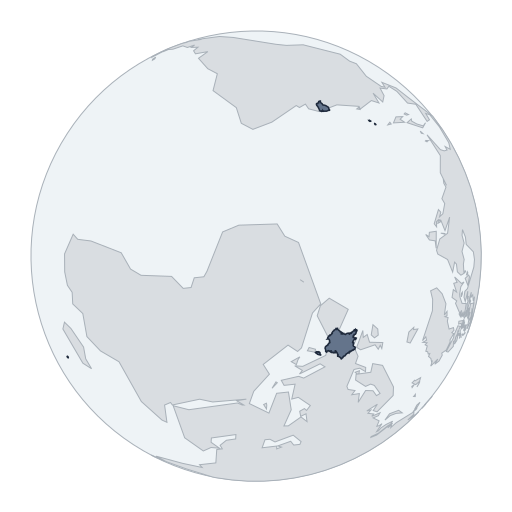 France on an orthographic globe, rotated 123°
{"feature_id": "FRA", "entity_name": "France", "entity_type": "country or territory", "adm_level": 0, "iso_a3": "FRA", "parent_name": "Europe", "parent_adm1": "", "projection": "orthographic", "projection_center": [-7.471, 14.864], "detail": "fine", "context": "on_globe", "style": "filled", "palette": "slate", "viewbox_px": 512, "rotation_deg": 123, "n_neighbors": 0, "source": "natural_earth", "source_scale": "50m", "svg_char_len": 14142}
<svg xmlns="http://www.w3.org/2000/svg" viewBox="0 0 512 512"><g transform="rotate(123 256 256)"><circle cx="256" cy="256" r="225" fill="#eef3f6" stroke="#a8b0b8"/><path d="M205.3,36.5L193.0,39.8L191.3,40.9L171.1,50.6L175.4,49.3L170.5,53.1L173.7,53.2L169.1,55.7L175.6,53.8L179.3,51.6L183.4,50.2L185.6,50.3L180.1,53.2L178.1,53.6L177.7,54.5L173.9,56.0L177.0,55.3L170.1,59.2L180.2,55.7L177.3,59.1L171.8,61.6L168.2,60.9L146.6,67.3L139.9,70.9L134.1,76.0L131.8,86.0L126.1,90.6L121.4,97.2L126.4,94.5L131.8,88.5L140.0,85.7L145.6,79.5L149.8,77.7L157.3,72.1L160.5,73.7L159.6,78.5L153.6,83.5L153.0,86.1L162.4,82.3L154.6,93.4L155.4,104.5L152.9,107.7L141.6,111.1L132.6,107.7L117.9,114.8L131.8,111.3L125.3,120.5L126.1,122.8L129.0,123.3L133.2,120.4L131.9,124.1L117.7,128.3L118.6,124.9L123.2,123.4L118.8,122.3L109.2,126.3L106.7,131.3L94.8,134.2L92.8,138.0L89.1,141.2L93.0,134.7L85.8,146.8L71.4,156.1L61.2,178.6L66.4,159.3L65.3,155.4L63.1,153.5L61.2,157.0L60.7,151.2L56.0,156.0L47.8,172.5L42.9,187.2L44.0,191.3L47.3,184.7L49.9,185.8L41.7,204.6L45.2,212.2L41.2,227.5L41.3,237.0L44.6,237.2L47.6,243.4L51.8,235.9L57.8,233.6L55.7,246.5L60.7,236.2L62.8,243.9L76.0,248.6L74.4,251.1L85.2,270.5L100.4,281.6L103.9,292.0L101.7,297.3L107.8,300.4L107.9,304.2L135.1,315.6L151.5,327.6L152.7,340.6L142.3,353.3L140.7,382.1L124.2,387.7L125.2,398.5L121.5,411.9L110.8,407.7L119.4,416.9L117.9,420.1L112.5,418.4L116.3,423.8L112.5,422.4L118.5,427.1L119.6,431.8L127.8,438.3L130.5,441.9L136.0,445.7L134.4,444.9L134.5,445.3L137.0,447.0L128.6,441.7L117.9,433.7L114.8,430.7L112.4,429.1L104.9,420.7L105.1,421.7L91.8,406.2L85.1,394.1L67.6,354.6L62.8,345.2L53.2,331.5L40.9,295.3L41.6,283.6L40.1,276.5L45.2,261.4L45.6,243.4L44.2,239.8L41.8,245.0L38.8,230.1L40.1,215.7L42.5,184.0L48.3,168.6L55.2,153.8L63.2,139.5L72.2,125.8L82.1,112.7L93.0,100.5L104.7,89.0L117.3,78.5L130.5,68.9L144.5,60.3L159.0,52.7L174.0,46.2L189.5,40.8L205.3,36.5ZM57.7,186.0L61.9,201.9L56.5,200.4L58.1,198.9L57.7,193.1L55.8,186.6L51.9,186.4L57.7,186.0ZM66.3,176.0L65.3,174.2L66.7,175.0L66.3,176.0ZM155.0,71.7L156.1,71.9L154.1,72.8L155.0,71.7ZM157.2,69.2L154.1,70.2L154.7,69.2L156.6,68.6L157.2,69.2ZM160.8,68.4L156.1,67.3L157.2,65.6L165.3,62.3L160.8,68.4ZM179.5,50.9L175.7,53.2L176.8,51.4L179.5,50.9ZM179.2,50.1L176.7,47.6L183.4,44.7L182.9,45.9L189.9,42.6L194.4,42.4L191.5,44.2L186.3,45.9L192.0,44.6L179.2,50.1ZM185.1,49.6L184.0,49.1L189.7,46.5L193.0,47.0L190.1,47.6L185.1,49.6ZM189.5,42.1L194.4,40.5L199.3,39.8L201.9,39.2L195.1,42.2L189.5,42.1ZM189.9,48.3L194.5,47.4L193.8,48.8L186.6,49.9L189.9,48.3ZM189.9,45.7L192.7,44.6L192.2,45.3L189.9,45.7ZM194.0,54.1L192.5,53.2L195.4,51.7L194.0,54.1ZM196.2,47.0L196.5,46.5L197.4,45.9L200.2,45.7L196.2,47.0ZM199.0,41.7L200.1,41.9L202.1,40.4L205.9,40.1L200.6,42.3L204.5,41.3L205.7,41.2L200.1,43.1L199.0,41.7ZM205.9,43.9L200.6,47.2L202.7,49.0L200.2,50.3L197.3,47.2L205.9,43.9ZM203.0,43.2L204.3,43.8L200.5,44.9L197.4,45.2L203.0,43.2ZM210.4,39.3L205.9,39.1L207.2,38.7L210.4,39.3ZM207.3,44.1L208.5,43.4L207.9,44.1L207.3,44.1ZM210.2,40.4L208.5,40.3L210.0,39.8L210.2,40.4ZM212.5,42.1L210.8,43.1L208.6,43.2L212.5,42.1ZM212.1,41.2L214.6,40.5L208.8,42.6L211.0,41.2L212.1,41.2ZM212.0,40.0L212.3,39.7L212.5,40.1L212.0,40.0ZM221.9,41.6L215.2,44.2L210.3,44.2L217.5,41.6L221.9,41.6ZM145.1,451.7L130.6,443.1L137.6,447.4L136.2,446.0L146.1,451.6L145.1,451.7ZM143.8,448.4L145.9,448.3L148.3,449.5L147.3,449.9L143.8,448.4ZM293.5,33.9L293.4,33.9L291.3,33.5L290.3,33.4L293.5,33.9ZM463.7,168.7L465.0,172.0L472.5,198.5L477.4,219.5L478.3,230.8L469.9,204.7L462.7,186.0L461.8,189.7L451.4,177.0L439.7,183.5L436.1,179.2L434.3,183.0L426.7,180.5L420.5,173.4L416.7,175.6L432.9,194.3L436.7,192.2L437.1,182.0L441.1,189.4L448.2,194.0L447.3,216.8L426.7,243.9L421.5,228.6L389.3,191.4L388.5,186.4L388.2,185.9L387.6,185.0L387.9,193.4L381.3,186.1L402.0,212.8L406.8,225.3L426.5,245.0L425.4,247.9L430.8,251.5L444.0,240.1L444.8,245.5L440.5,272.9L419.3,313.3L420.3,334.7L415.7,353.9L398.6,369.9L396.0,383.6L386.6,390.4L383.3,398.2L373.5,407.8L358.5,417.7L337.3,421.2L339.1,414.6L333.3,402.6L326.7,370.8L335.3,354.1L334.8,341.9L319.1,315.7L322.8,299.4L317.8,293.3L307.9,295.9L301.8,288.4L295.5,288.8L254.0,297.1L239.5,287.2L217.6,255.7L223.7,242.6L221.5,227.7L260.9,175.6L273.0,177.6L308.3,167.8L313.4,169.1L313.3,180.6L343.0,190.9L347.8,180.4L370.7,184.2L383.4,181.2L380.7,159.6L359.9,163.9L352.4,154.7L365.8,142.7L383.3,140.0L380.9,136.4L366.5,130.6L367.1,123.0L361.1,128.1L366.1,131.2L362.4,134.8L357.6,132.3L358.0,129.5L351.8,129.0L351.5,143.5L356.5,148.1L342.2,153.4L349.2,162.0L346.5,167.1L333.7,154.7L332.4,149.5L311.4,137.8L311.5,143.5L331.3,155.3L326.7,154.8L327.0,163.7L323.1,156.7L301.4,143.4L286.2,148.8L272.8,172.1L262.7,174.9L251.5,171.6L250.5,149.6L273.2,146.0L273.1,139.2L263.5,130.6L271.2,130.5L270.0,126.9L278.1,125.5L284.5,115.8L292.0,114.0L289.7,103.3L293.3,101.2L293.6,107.9L297.8,112.0L315.8,108.8L317.8,106.1L314.9,99.7L320.2,100.1L315.1,94.4L323.1,90.6L309.1,90.8L305.3,84.5L307.5,78.9L303.7,77.1L300.1,86.3L301.0,90.1L305.7,93.1L305.8,104.9L300.7,107.6L291.0,96.4L282.7,99.5L278.8,90.3L290.9,69.4L298.3,65.0L320.7,69.6L321.8,73.5L314.2,73.5L325.6,78.7L322.5,75.7L327.0,76.4L324.4,71.3L327.4,71.6L319.9,66.6L323.3,66.4L328.0,69.6L327.2,63.0L333.0,61.9L331.3,60.4L328.0,59.0L337.6,59.2L335.9,58.1L332.1,57.6L326.5,55.2L320.1,51.4L323.8,51.6L326.6,53.0L337.9,56.8L344.7,61.1L345.6,60.9L340.5,57.3L326.7,52.6L321.9,50.3L328.4,51.9L325.6,51.1L324.4,50.1L326.5,49.5L319.4,47.6L300.6,38.7L302.9,37.5L310.8,39.4L301.5,35.7L304.9,36.1L301.4,35.4L298.2,34.7L313.6,38.2L328.8,42.8L343.6,48.4L357.9,55.1L371.8,62.8L385.1,71.4L397.7,80.9L409.7,91.3L420.9,102.5L431.3,114.5L440.8,127.1L449.4,140.4L457.0,154.3L463.7,168.7ZM251.9,201.6L251.8,206.1L251.9,201.6ZM405.2,148.4L413.5,146.4L404.1,135.1L406.5,133.6L402.4,130.6L403.4,134.3L392.5,126.0L394.0,121.4L390.1,116.6L387.1,117.1L386.0,127.2L401.6,138.8L402.1,144.5L405.2,148.4ZM76.5,248.6L77.8,251.6L75.5,250.9L76.5,248.6ZM54.3,205.1L55.9,206.5L56.2,209.1L54.7,208.9L54.3,205.1ZM71.7,214.5L74.3,216.9L70.9,216.6L71.7,214.5ZM62.9,204.2L69.5,213.2L63.1,214.4L59.2,208.9L62.8,209.6L62.9,204.2ZM62.4,182.6L63.0,184.2L61.8,186.3L62.4,182.6ZM67.3,176.6L66.8,176.5L67.1,174.3L67.3,176.6ZM126.2,120.2L127.3,120.0L129.6,121.3L127.1,122.3L126.2,120.2ZM148.1,119.3L145.5,125.4L145.6,121.4L141.7,123.5L137.1,118.3L151.4,109.1L145.7,114.0L148.1,119.3ZM134.9,109.7L136.2,113.5L134.2,109.8L134.9,109.7ZM255.8,110.4L260.1,112.1L259.4,116.4L249.9,120.5L250.9,114.1L255.8,110.4ZM266.5,113.8L259.5,102.5L265.1,100.1L263.2,103.2L267.6,102.7L265.6,107.8L277.7,117.2L277.8,121.8L260.3,125.8L265.9,121.7L261.3,120.0L266.5,113.8ZM231.9,83.8L229.0,80.5L245.0,79.3L245.9,82.6L236.5,86.4L229.9,84.8L231.9,83.8ZM176.0,63.3L173.9,63.3L175.4,62.3L178.5,61.6L176.0,63.3ZM193.1,53.8L187.0,62.9L184.3,63.2L184.0,69.0L176.7,72.2L177.0,68.1L171.2,75.3L168.6,73.0L165.4,78.0L167.1,68.7L164.5,67.4L170.2,67.5L177.0,64.5L179.2,62.8L183.5,57.4L181.4,53.8L187.8,50.9L193.0,49.8L194.5,50.2L189.8,51.8L195.2,51.2L189.6,54.0L193.1,53.8ZM249.4,47.1L243.4,47.4L253.2,49.5L247.6,51.1L249.1,51.2L246.7,53.5L246.3,56.6L243.2,57.1L244.4,58.2L242.8,59.9L243.4,61.7L238.1,63.4L238.4,65.8L235.6,65.3L237.6,69.1L233.7,67.1L231.3,69.6L236.3,70.2L205.9,78.2L196.2,84.2L190.1,90.6L184.3,87.1L186.3,79.3L192.6,70.7L202.9,65.9L198.4,65.6L202.0,63.3L204.0,64.5L203.0,61.4L206.5,60.0L212.1,54.3L208.5,51.4L210.5,49.5L213.7,50.0L213.4,47.9L220.7,47.6L222.3,46.4L231.1,45.2L236.3,47.3L237.7,45.8L244.4,45.3L249.4,47.1ZM224.4,41.3L231.9,42.6L232.5,44.4L216.9,45.8L214.5,46.9L204.5,48.6L203.8,46.2L206.7,45.8L209.4,45.0L208.5,46.1L211.2,44.7L215.3,44.3L218.5,43.2L220.1,43.8L224.4,41.3ZM316.7,164.3L320.2,164.3L325.1,163.0L325.4,168.9L316.7,164.3ZM301.8,155.3L304.6,154.2L307.5,161.3L303.8,161.6L301.8,155.3ZM303.8,147.9L304.6,153.6L302.0,150.7L303.8,147.9ZM295.9,106.8L298.6,105.6L299.9,107.0L299.5,109.5L295.9,106.8ZM277.4,56.0L273.8,55.3L274.0,54.6L268.4,51.7L272.1,50.6L276.9,52.0L277.4,56.0ZM378.6,163.9L376.4,168.7L373.8,167.1L375.1,165.8L378.6,163.9ZM350.7,169.1L358.2,170.5L350.7,170.7L350.7,169.1ZM280.5,54.3L277.7,53.2L281.3,53.4L280.5,54.3ZM274.5,49.8L278.2,49.7L271.9,50.2L274.5,49.8ZM440.2,342.8L422.4,378.2L415.8,380.6L417.6,371.7L426.3,351.0L435.0,342.8L440.1,332.5L440.2,342.8ZM477.8,221.2L479.8,232.3L479.9,235.5L477.8,221.2ZM307.9,47.9L311.6,52.7L316.7,56.5L323.4,58.5L315.6,58.1L307.7,52.3L307.9,47.9ZM301.1,39.6L295.2,38.4L296.6,38.1L298.2,38.3L301.1,39.6ZM298.4,39.5L293.4,39.9L289.3,38.8L294.1,38.6L298.4,39.5ZM287.2,45.9L288.0,47.3L285.2,47.0L287.2,45.9ZM290.8,33.4L287.8,33.0L287.5,32.9L290.8,33.4ZM279.2,31.9L281.6,32.3L277.5,31.8L279.2,31.9ZM287.4,33.3L281.9,32.3L289.3,33.5L287.4,33.3Z" fill="#d9dde1" stroke="#a8b0b8" stroke-width="1"/><path d="M295.5,132.9L295.3,133.0L295.1,133.3L294.6,133.5L294.4,133.3L294.2,133.3L293.9,133.6L294.1,133.8L293.5,134.9L293.0,135.2L293.0,135.8L292.5,136.3L292.3,136.9L292.3,137.0L292.5,137.1L292.5,137.5L292.2,137.7L292.3,137.9L292.6,137.9L292.9,137.7L293.0,137.5L292.8,137.3L293.0,137.0L293.3,136.9L293.7,136.9L294.2,136.9L294.3,137.2L294.4,137.4L294.4,137.7L295.0,138.2L295.2,138.5L294.7,138.9L294.7,139.1L294.8,139.2L295.0,139.4L295.5,139.9L295.9,140.2L295.9,140.8L295.6,140.9L295.3,141.2L294.9,141.2L294.7,141.3L294.8,141.4L295.0,141.6L295.2,141.9L295.4,142.0L295.7,142.1L295.9,142.2L296.1,142.6L295.9,142.7L295.7,143.3L295.9,143.6L296.0,143.9L296.2,144.0L297.3,144.5L298.1,144.3L298.3,144.6L298.3,144.8L297.9,145.4L298.0,145.7L297.9,145.8L297.7,145.7L297.7,145.8L297.2,146.1L296.5,146.9L296.1,147.2L296.0,147.6L295.8,147.8L295.1,148.1L294.7,148.3L294.4,148.2L293.8,148.3L293.4,148.0L292.6,147.9L292.3,147.5L291.7,147.5L291.5,147.2L291.1,147.3L290.9,147.4L290.8,147.5L290.6,147.5L289.1,147.2L288.8,147.0L288.6,146.9L288.2,147.0L287.9,147.4L286.6,148.4L286.1,149.3L286.1,149.6L286.4,150.5L286.8,151.0L286.1,150.9L285.9,151.0L285.4,151.2L285.3,151.4L283.9,151.2L283.5,151.4L283.4,151.4L283.2,151.2L282.5,150.9L282.5,150.6L281.8,150.5L281.7,150.7L281.4,150.3L281.0,150.3L279.7,149.9L279.4,149.9L279.3,150.4L278.3,150.4L278.1,150.4L277.4,150.5L276.6,150.0L275.8,150.2L275.3,149.7L274.8,149.7L274.1,149.4L273.7,149.3L273.7,149.2L273.5,149.4L273.2,149.4L273.3,149.0L273.3,148.7L273.1,148.6L272.4,148.5L272.2,148.3L272.2,148.2L272.6,148.0L273.0,147.6L273.3,146.0L273.4,144.2L273.6,143.8L273.8,143.7L273.6,143.5L273.4,143.8L273.4,142.1L273.6,140.8L274.3,141.3L274.5,141.6L274.8,142.3L275.2,142.6L275.1,142.4L274.9,142.3L274.6,141.3L274.4,141.0L274.1,140.8L273.2,140.2L273.4,140.0L273.6,140.1L273.4,139.5L273.1,138.2L272.5,138.1L271.4,137.6L270.9,137.0L270.5,136.6L270.4,136.4L270.6,135.9L270.4,135.6L270.1,135.5L270.3,135.1L270.5,135.1L271.3,135.3L270.6,135.0L269.6,135.1L269.2,135.0L269.1,134.8L269.4,134.5L269.2,134.3L268.5,134.3L268.4,134.3L268.5,134.0L268.4,134.0L267.9,134.1L267.7,134.0L267.4,133.8L267.1,133.8L266.9,133.7L266.6,133.7L265.4,133.3L265.0,133.3L264.6,133.4L264.3,133.4L264.2,133.2L264.0,132.9L263.3,132.7L263.5,132.5L264.1,132.4L264.2,132.2L263.7,132.0L263.6,131.9L264.0,131.8L264.4,131.8L264.3,131.7L264.0,131.6L263.2,131.6L263.1,131.3L263.2,131.0L263.6,130.8L264.8,130.5L265.4,130.5L265.7,130.4L266.2,130.3L266.3,130.1L267.0,130.0L267.6,130.1L268.2,130.8L268.4,131.0L269.0,130.6L270.0,130.6L270.2,130.8L270.4,130.4L270.6,130.5L271.8,130.5L271.5,130.4L271.3,130.0L271.1,128.7L270.8,128.4L270.4,127.8L270.3,127.5L270.3,127.2L270.9,127.2L271.5,127.1L271.8,127.2L271.8,127.4L271.9,127.8L272.2,128.1L272.6,128.1L273.1,128.2L273.8,128.2L274.7,128.3L275.1,128.2L275.4,127.9L276.1,127.8L276.1,127.7L275.7,127.7L275.3,127.6L275.3,127.4L275.4,127.0L276.4,126.4L277.2,126.2L277.9,125.9L278.3,125.6L278.5,125.2L278.6,124.9L278.4,123.5L278.5,123.3L278.6,123.1L279.1,122.7L280.4,122.4L280.6,122.3L280.8,122.7L280.8,122.9L280.9,123.0L281.3,123.4L281.5,123.5L282.1,123.2L282.4,123.4L282.5,123.6L282.7,124.0L282.8,124.1L283.5,124.1L283.8,124.6L284.0,124.5L284.5,124.5L285.1,124.8L285.0,125.1L285.2,125.3L285.1,125.6L285.3,125.7L285.7,125.7L286.2,125.7L286.4,125.5L286.5,125.2L286.8,125.1L286.8,125.6L286.9,125.8L287.1,126.2L287.4,126.2L287.8,126.3L288.2,126.5L288.9,127.0L289.5,126.8L290.1,127.1L290.5,126.9L291.0,127.0L291.3,127.0L291.5,127.2L291.6,127.4L292.2,127.9L292.3,127.9L292.5,127.7L292.8,127.8L292.9,128.0L293.1,127.9L293.3,128.0L293.9,127.8L294.2,128.0L294.4,128.1L295.4,128.2L295.8,128.3L295.9,128.6L295.3,129.4L295.2,130.6L295.1,131.0L295.1,131.3L295.2,131.5L295.3,131.8L295.2,132.3L295.3,132.6L295.4,132.8L295.5,132.9ZM91.0,286.4L91.3,286.2L91.6,286.1L92.2,284.9L92.3,284.2L92.2,283.6L92.8,282.6L92.9,282.1L92.8,281.9L92.7,281.9L92.6,281.3L92.2,280.7L92.0,280.0L92.0,279.7L91.9,279.4L91.8,278.3L91.9,277.9L91.9,277.5L91.8,277.2L91.8,276.6L91.9,276.2L92.3,275.7L92.6,275.3L93.0,275.0L93.3,274.0L93.6,273.7L93.8,273.7L94.8,274.9L95.3,275.1L96.2,275.8L96.6,276.5L97.4,277.7L97.8,278.1L97.8,278.3L97.7,278.7L98.0,278.4L98.4,279.1L98.6,280.0L98.5,280.6L98.7,280.3L98.7,280.0L98.9,279.6L99.0,279.6L99.1,279.9L99.4,281.3L99.4,281.9L99.1,282.1L98.9,282.5L98.4,283.1L98.3,283.3L97.8,284.2L97.6,284.5L97.3,284.8L97.3,285.0L97.2,285.3L97.1,285.8L96.9,285.9L96.6,286.7L96.6,287.0L96.2,287.7L95.7,287.9L95.6,288.1L95.3,288.2L94.7,287.9L94.5,287.3L94.0,287.5L93.4,287.1L93.3,286.9L92.3,287.6L91.8,287.3L91.5,287.0L91.2,286.8L91.2,286.6L91.0,286.4ZM304.2,148.6L304.2,149.1L304.5,149.5L304.9,150.9L304.6,151.7L304.8,152.3L304.8,152.5L304.7,152.7L304.6,153.3L304.5,153.6L303.5,153.2L303.2,153.0L303.4,152.6L302.9,152.4L302.8,152.2L302.8,151.8L302.5,151.8L302.4,151.7L302.6,151.4L302.6,151.2L302.2,151.0L302.1,150.8L302.2,150.7L302.3,150.6L302.2,150.4L302.1,150.1L302.3,149.6L302.5,149.4L303.1,149.2L303.3,148.9L303.7,149.0L303.8,149.0L303.8,148.8L303.7,148.6L303.7,148.2L303.7,147.9L303.8,147.9L304.0,148.0L304.2,148.6ZM443.4,359.4L443.1,359.7L442.8,359.6L442.8,359.4L442.8,359.0L443.1,358.4L443.4,358.1L443.7,358.1L443.7,358.7L443.4,359.4ZM81.0,234.9L80.9,235.1L80.8,234.9L80.4,234.8L80.4,234.6L80.7,234.3L80.5,234.2L80.4,234.0L80.4,233.4L80.4,233.2L80.5,233.2L81.0,233.8L80.9,234.1L81.0,234.4L81.0,234.9ZM80.5,228.5L80.3,228.6L80.2,228.2L80.4,227.2L80.5,227.1L80.7,227.3L80.9,227.5L80.6,228.4L80.5,228.5Z" fill="#64748b" stroke="#1e293b" stroke-width="1.5"/></g></svg>